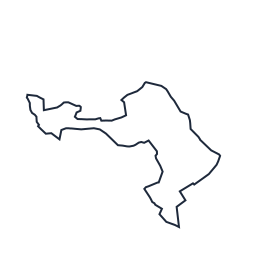 Ekiti West, Ekiti, Nigeria (orthographic projection), rotated 307°
{"feature_id": "59680162B72061925749770", "entity_name": "Ekiti West", "entity_type": "district", "adm_level": 2, "iso_a3": "NGA", "parent_name": "Nigeria", "parent_adm1": "Ekiti", "projection": "orthographic", "projection_center": [4.99, 7.712], "detail": "fine", "context": "isolated", "style": "outline", "palette": "slate", "viewbox_px": 256, "rotation_deg": 307, "n_neighbors": 0, "source": "geoboundaries", "source_scale": "gbopen_adm2", "svg_char_len": 1638}
<svg xmlns="http://www.w3.org/2000/svg" viewBox="0 0 256 256"><g transform="rotate(307 128 128)"><path d="M93.7,27.9L91.4,28.9L91.1,30.1L88.9,34.5L86.5,36.4L83.7,39.2L82.3,42.3L82.5,45.6L81.9,48.1L80.9,48.9L78.0,51.4L76.9,55.0L75.3,55.1L74.7,59.5L74.0,65.8L77.7,69.9L77.7,75.8L77.7,80.1L86.3,76.0L90.4,78.6L91.9,80.5L92.8,82.0L93.9,83.6L95.8,86.7L98.8,91.5L103.5,96.7L107.3,100.9L109.9,106.3L110.3,113.7L109.3,121.8L108.2,130.3L110.7,134.3L112.8,138.4L114.1,140.3L117.2,143.1L119.1,144.1L122.8,145.4L124.8,147.0L125.9,149.8L130.4,152.0L126.8,165.1L124.7,166.8L122.4,166.7L120.6,168.7L117.2,176.5L114.0,181.9L103.0,185.3L102.2,184.4L93.7,179.4L91.5,177.9L89.2,177.7L85.8,187.2L84.8,189.4L83.5,191.9L83.8,194.4L83.1,196.0L83.9,203.7L78.1,205.0L76.1,215.1L78.8,223.9L79.6,228.3L94.3,214.3L104.8,217.4L108.6,207.5L122.9,213.2L122.7,214.9L129.3,217.0L139.9,220.3L151.9,220.9L155.6,220.1L161.2,218.3L161.7,216.7L160.2,207.9L162.0,192.6L162.3,192.3L163.3,189.6L164.9,178.6L169.4,174.7L171.5,172.7L174.9,167.9L174.1,165.3L173.3,162.1L172.8,160.1L177.6,148.4L178.7,143.4L181.1,137.7L182.0,135.1L181.7,129.3L175.4,114.8L174.1,114.3L169.3,114.8L163.0,113.2L154.1,107.6L149.9,106.5L146.4,105.9L146.2,109.4L137.0,118.8L132.5,116.4L126.8,112.2L124.1,110.6L120.7,105.9L117.8,102.3L119.2,99.9L118.0,98.7L115.3,96.7L109.7,89.4L107.4,86.0L104.8,82.3L105.0,78.8L107.1,78.3L109.5,77.6L113.1,79.6L115.6,78.2L116.4,77.6L116.5,76.7L116.4,75.6L114.5,73.4L112.6,64.9L110.9,62.7L109.7,61.4L106.9,60.9L105.3,60.5L102.9,59.5L101.8,59.1L91.6,50.1L100.0,43.3L99.2,39.0L98.8,35.9L95.4,30.1L94.0,27.7L93.7,27.9Z" fill="none" stroke="#1e293b" stroke-width="2"/></g></svg>